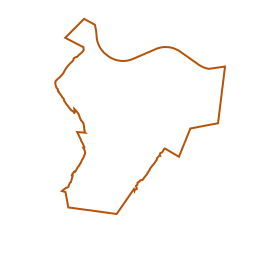 the district of Tholen, Zeeland, Netherlands, rotated 286°
{"feature_id": "6326949B94220918271569", "entity_name": "Tholen", "entity_type": "district", "adm_level": 2, "iso_a3": "NLD", "parent_name": "Netherlands", "parent_adm1": "Zeeland", "projection": "albers", "projection_center": [4.074, 51.57], "detail": "fine", "context": "isolated", "style": "outline", "palette": "amber", "viewbox_px": 256, "rotation_deg": 286, "n_neighbors": 0, "source": "geoboundaries", "source_scale": "gbopen_adm2", "svg_char_len": 4925}
<svg xmlns="http://www.w3.org/2000/svg" viewBox="0 0 256 256"><g transform="rotate(286 128 128)"><path d="M86.6,158.0L87.8,158.5L88.5,158.9L88.9,159.0L89.1,159.0L90.4,159.3L90.6,159.3L90.9,159.4L91.3,159.6L91.8,159.7L92.2,159.8L92.5,159.9L93.7,160.4L93.9,160.4L94.7,160.4L95.0,160.4L95.7,160.7L96.3,160.9L97.2,161.3L99.9,162.4L100.9,162.9L101.4,163.1L102.3,163.3L103.6,163.8L105.6,164.5L105.8,164.5L106.9,164.2L107.0,164.3L108.2,164.9L109.2,165.3L109.4,165.4L109.5,165.5L110.1,166.2L110.3,166.4L110.3,166.5L110.6,166.3L110.8,166.2L111.0,166.1L111.5,165.8L111.9,165.8L112.2,165.9L112.4,165.9L112.7,166.0L112.9,166.1L113.0,166.2L113.3,166.7L113.6,167.0L113.9,167.4L114.0,167.5L114.4,167.7L115.1,167.9L115.4,168.0L117.4,168.4L117.6,168.5L117.8,168.6L118.5,169.1L114.4,184.9L144.7,188.1L157.4,213.2L205.2,205.7L213.8,204.3L207.1,189.3L207.0,187.2L207.0,185.5L207.2,183.8L207.4,182.1L207.8,180.5L208.2,178.8L208.8,177.2L210.5,172.5L210.5,172.3L215.5,158.1L216.0,156.5L216.5,154.9L216.8,153.2L217.0,151.6L217.2,149.9L217.2,148.2L217.1,146.5L216.9,144.8L216.5,143.2L216.1,141.5L215.6,139.9L214.9,138.4L214.2,136.9L213.3,135.4L212.4,134.0L211.3,132.7L196.3,114.4L195.3,113.1L194.3,111.7L193.4,110.3L192.6,108.8L191.9,107.3L191.4,105.7L190.9,104.1L190.5,102.4L190.3,100.7L190.1,99.0L190.1,97.4L190.2,95.7L190.4,94.0L190.7,92.3L191.1,90.7L191.7,89.1L192.3,87.5L192.9,86.0L193.6,84.4L194.5,83.0L195.4,81.6L196.5,80.2L197.6,79.0L198.8,77.8L200.1,76.7L201.4,75.7L202.8,74.7L204.3,73.9L205.8,73.2L207.4,72.6L208.9,72.0L212.1,70.8L215.1,69.3L216.6,68.5L218.1,67.7L220.8,55.7L197.4,42.8L193.4,62.9L193.1,62.9L191.0,63.9L189.2,63.5L187.7,62.7L185.7,61.4L184.4,60.5L182.7,59.7L182.4,59.5L182.3,59.4L181.9,58.6L181.7,58.3L181.5,58.1L180.4,56.9L179.9,56.6L179.1,56.7L178.3,56.8L177.2,56.3L176.5,56.0L174.3,54.7L173.7,54.4L172.1,53.6L170.9,53.0L167.6,51.8L162.6,50.6L161.2,50.0L160.6,49.7L158.5,48.7L157.8,48.3L156.7,47.4L155.6,46.8L154.9,46.5L154.3,46.1L153.7,45.7L153.4,45.5L153.2,45.5L151.4,45.6L151.2,45.7L149.3,46.6L147.1,48.0L146.9,48.1L146.2,49.4L146.1,49.7L145.9,49.9L144.5,50.6L144.3,50.8L144.1,50.6L143.2,52.0L142.6,52.6L142.1,53.3L141.0,54.6L140.5,55.3L139.3,56.4L138.9,57.3L138.0,58.5L136.8,58.9L136.1,59.6L135.8,60.3L135.0,61.0L134.5,61.5L133.9,62.2L133.7,62.5L133.2,63.2L132.9,63.7L132.6,64.3L132.4,64.5L131.3,65.7L130.9,66.3L130.4,67.2L130.2,67.6L130.0,67.9L129.4,68.4L129.3,68.5L129.3,69.0L129.0,70.2L128.9,70.4L128.8,70.7L128.7,71.0L128.0,71.7L127.9,71.8L127.8,72.0L127.7,72.2L127.7,72.3L127.8,72.3L128.9,72.5L129.1,72.5L129.3,72.4L129.5,72.3L129.7,72.2L129.9,72.1L130.0,72.0L130.5,71.7L131.1,71.3L131.6,71.1L130.9,72.4L130.8,72.7L130.2,73.3L129.8,74.1L129.1,74.9L128.8,75.3L128.4,75.8L127.9,76.3L127.5,76.9L127.3,77.1L126.8,77.4L126.1,77.9L125.4,78.3L124.7,78.9L124.0,79.4L123.5,79.8L122.8,80.5L122.5,80.7L122.2,81.0L122.1,81.3L122.1,81.5L121.9,81.8L121.4,82.3L121.2,82.5L120.8,83.1L120.7,83.2L120.8,83.3L120.7,83.5L120.4,83.7L120.2,83.8L119.9,84.0L119.6,84.2L118.7,84.6L118.0,85.0L117.5,85.3L117.3,85.4L117.1,85.4L117.0,85.5L116.6,85.6L116.2,85.7L116.1,85.8L115.7,85.9L115.3,86.1L115.0,86.2L114.3,86.5L113.9,86.7L113.4,87.0L113.0,87.2L112.0,87.8L111.8,87.9L111.7,88.1L110.1,80.3L107.3,82.8L106.1,83.9L105.0,84.7L104.7,85.2L102.6,86.7L101.5,87.8L100.2,89.1L99.5,89.8L98.5,90.2L98.4,90.4L98.1,90.9L97.8,91.1L97.4,91.4L97.2,91.4L96.3,91.4L96.2,91.4L96.2,91.0L96.2,90.9L96.1,91.0L95.6,91.6L94.9,92.2L92.8,93.5L91.8,93.6L90.9,93.8L90.4,93.7L89.7,93.5L89.0,93.4L87.9,93.5L86.9,93.2L86.0,93.1L84.8,92.6L84.2,92.5L82.8,92.4L82.5,92.3L82.1,92.3L81.2,92.1L80.9,92.0L80.5,91.8L79.9,91.6L79.3,91.5L79.1,91.5L78.6,91.5L78.4,91.4L78.0,91.3L77.5,91.0L77.3,90.9L77.0,90.8L76.7,90.6L76.3,90.5L75.9,90.4L74.6,90.1L73.5,89.9L72.6,89.7L71.7,89.4L71.4,89.2L71.2,89.2L71.0,88.9L71.4,88.7L71.5,88.6L71.4,88.5L71.1,88.2L69.5,87.6L69.0,87.4L68.3,87.2L67.7,87.1L67.3,87.1L67.1,87.1L66.9,87.1L66.9,87.3L66.9,87.5L67.0,87.5L67.5,87.6L67.5,87.8L67.1,87.9L66.4,88.0L65.7,88.0L64.9,88.0L63.7,88.0L61.9,88.0L60.7,88.0L60.3,88.0L59.2,87.3L59.1,87.2L56.4,86.9L56.2,86.9L55.3,87.0L55.1,87.0L54.8,86.9L54.7,86.8L54.5,86.7L53.9,85.7L53.7,85.3L53.5,85.0L52.5,84.3L52.2,84.1L51.0,83.1L50.4,82.6L49.2,81.9L49.2,85.6L35.2,92.5L42.2,140.8L70.9,150.5L69.4,151.6L69.7,151.6L70.3,151.6L70.6,151.6L70.8,151.7L71.0,151.9L71.1,152.1L71.2,152.4L71.3,152.6L71.4,152.8L71.5,153.1L71.7,153.3L71.9,153.3L72.4,153.0L72.8,152.8L73.1,152.6L73.7,152.1L74.1,151.8L74.2,151.7L74.3,151.6L74.7,151.6L74.8,151.7L75.0,151.8L75.2,152.0L75.4,152.1L75.6,152.3L75.9,152.4L76.1,152.5L76.4,152.6L76.5,152.6L76.9,152.6L77.0,152.5L77.5,152.3L77.9,152.2L78.2,152.3L78.4,152.5L78.7,152.9L79.0,153.1L79.2,153.3L79.5,153.5L81.2,154.4L81.3,154.6L81.4,154.8L81.6,155.3L81.8,155.7L81.9,156.0L82.1,156.2L82.2,156.3L82.3,156.4L82.5,156.5L83.0,156.7L83.2,156.8L83.5,156.9L84.2,157.0L84.6,157.1L85.0,157.3L85.5,157.6L86.0,157.8L86.3,157.9L86.6,158.0Z" fill="none" stroke="#b45309" stroke-width="2"/></g></svg>